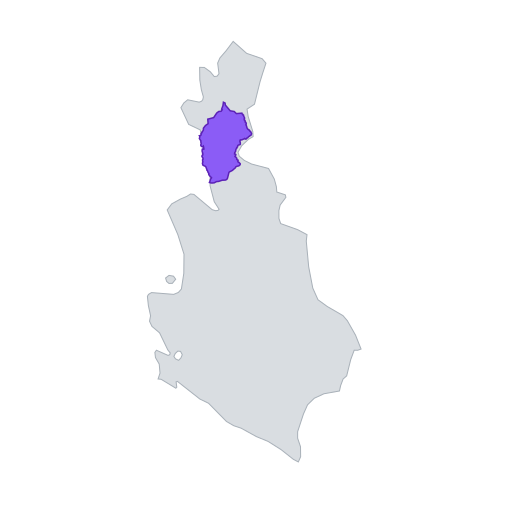 Sisian, Syunik, Armenia (highlighted), rotated 219°
{"feature_id": "60910142B33195245753630", "entity_name": "Sisian", "entity_type": "district", "adm_level": 2, "iso_a3": "ARM", "parent_name": "Armenia", "parent_adm1": "Syunik", "projection": "natural_earth1", "projection_center": [45.922, 39.579], "detail": "fine", "context": "in_parent", "style": "filled", "palette": "violet", "viewbox_px": 512, "rotation_deg": 219, "n_neighbors": 0, "source": "geoboundaries", "source_scale": "gbopen_adm2", "svg_char_len": 7287}
<svg xmlns="http://www.w3.org/2000/svg" viewBox="0 0 512 512"><g transform="rotate(219 256 256)"><path d="M229.8,304.7L226.3,299.2L208.3,280.8L191.7,266.8L180.3,261.0L168.8,261.6L150.9,264.4L144.3,263.2L128.8,257.1L115.8,249.8L117.6,246.8L120.4,244.6L117.2,235.1L110.1,219.9L110.9,215.2L108.7,208.6L106.2,203.6L116.5,191.7L121.2,182.1L122.3,172.8L119.7,163.1L113.1,145.7L109.0,140.6L101.4,135.8L95.0,128.1L93.5,122.6L98.9,121.5L114.7,121.3L130.0,119.5L142.0,115.9L159.3,112.8L166.5,110.1L174.8,108.8L200.2,111.7L209.6,109.5L238.2,109.1L238.9,107.9L235.0,104.2L235.1,102.8L252.1,100.5L254.7,98.8L256.9,104.6L263.2,111.1L270.2,113.8L273.9,117.4L274.1,120.1L261.8,123.4L260.9,125.0L261.7,126.7L265.4,127.5L282.6,135.6L292.5,135.8L297.7,138.3L300.3,143.2L308.5,149.8L315.0,156.3L315.4,158.5L314.2,161.8L295.8,174.4L293.4,178.8L293.2,183.4L301.2,197.1L313.1,212.1L330.3,223.5L354.0,235.9L354.3,243.5L350.6,252.6L347.3,258.8L345.9,263.0L343.0,264.8L319.3,264.4L315.8,265.8L314.2,267.6L314.1,269.1L322.6,271.9L335.9,281.7L343.5,291.1L351.5,295.2L360.4,302.8L367.5,309.8L378.7,318.9L391.1,315.9L407.7,324.0L408.4,329.5L407.4,334.4L397.0,339.8L395.7,342.0L395.7,343.9L397.0,346.5L403.2,350.9L410.4,357.4L418.5,367.1L414.9,370.0L407.4,370.4L401.4,369.2L399.4,371.2L399.5,374.4L407.2,381.8L408.7,387.2L408.4,396.5L408.8,408.4L390.8,407.6L375.4,413.2L369.6,412.1L365.8,402.1L362.5,393.9L352.7,373.0L355.4,364.5L349.9,359.5L336.8,350.7L333.4,347.0L335.3,341.9L336.5,332.7L335.3,325.3L331.8,323.0L325.2,322.9L317.3,324.7L301.3,331.9L290.2,327.3L283.8,322.7L280.1,318.8L271.7,322.0L269.7,320.4L269.3,310.8L266.8,305.7L261.8,299.6L257.2,296.7L240.1,302.7L229.8,304.7ZM256.9,132.9L257.4,129.5L256.6,126.3L253.9,125.4L250.5,126.2L250.2,129.6L251.2,132.9L254.6,134.4L256.9,132.9ZM311.4,186.2L307.4,188.4L303.8,187.4L303.8,182.1L306.4,179.9L309.5,180.0L312.4,182.0L311.4,186.2Z" fill="#d9dde1" stroke="#a8b0b8" stroke-width="1"/><path d="M378.1,355.0L376.3,352.0L375.1,348.4L374.3,348.4L374.2,346.5L375.9,344.9L376.5,342.4L376.0,336.9L379.6,332.0L376.5,328.7L377.4,325.6L377.3,322.2L376.2,320.8L376.2,320.6L376.1,320.4L376.1,320.2L376.0,319.8L376.0,319.3L376.0,319.0L376.0,318.6L376.0,318.3L376.0,318.1L375.6,317.8L375.6,317.6L375.7,317.3L375.8,317.1L375.7,316.7L375.7,316.4L375.6,316.2L375.0,315.8L374.9,315.7L374.9,315.4L374.9,314.9L375.0,314.7L375.4,314.2L375.6,314.0L375.7,313.8L375.2,313.7L374.8,313.4L374.6,313.1L374.5,312.9L374.3,312.4L374.1,312.1L374.0,311.8L373.9,311.6L373.6,311.5L372.9,311.3L371.6,310.9L371.3,310.8L371.1,310.6L370.9,310.2L370.6,309.8L370.4,309.7L370.1,309.5L369.6,309.1L369.4,308.9L369.2,308.5L369.1,308.2L369.0,307.9L368.8,307.6L368.5,307.2L368.1,307.0L367.8,306.9L367.6,306.9L367.3,307.0L367.2,307.1L366.9,307.1L366.6,307.1L366.4,307.0L366.2,307.1L366.1,307.3L366.0,307.5L366.0,307.8L366.0,308.2L365.7,308.0L365.5,307.9L365.4,307.8L365.2,307.6L364.9,307.3L364.7,307.2L364.5,306.6L364.4,306.5L364.2,306.5L363.9,306.5L363.8,306.4L363.7,306.2L363.8,306.0L364.2,305.9L364.6,305.9L364.8,305.7L365.0,305.3L364.9,305.1L364.8,304.9L364.6,304.7L364.5,304.3L364.3,304.1L363.6,303.3L363.4,303.2L363.1,303.0L362.8,302.8L362.6,302.7L362.4,302.6L362.3,302.3L362.2,302.2L361.7,302.0L361.5,301.8L361.3,301.5L361.2,301.3L361.0,301.0L361.1,300.9L361.2,300.7L361.1,300.4L361.1,300.1L361.0,299.8L360.9,299.6L360.7,299.4L360.4,299.1L360.2,299.1L359.7,299.1L359.4,299.0L359.2,298.9L358.8,298.5L358.6,298.4L358.4,298.3L358.2,298.2L358.1,297.9L358.0,297.7L358.1,297.3L358.1,297.1L357.9,296.9L357.7,296.7L357.2,296.1L356.7,295.9L356.4,295.5L356.3,295.2L356.2,294.7L355.9,294.2L355.6,294.0L355.3,293.8L354.9,293.5L354.5,293.2L354.3,293.2L353.9,293.4L353.4,293.4L353.0,293.4L352.6,293.6L352.3,293.7L351.7,293.8L351.4,293.8L350.9,293.6L349.9,293.0L349.5,292.8L349.1,292.5L348.6,292.3L348.4,292.1L348.0,291.7L347.6,291.8L347.5,291.7L347.0,291.5L346.6,291.3L346.1,290.9L345.6,290.7L345.1,290.6L344.8,290.5L344.6,290.5L344.4,290.3L344.4,290.1L344.3,289.9L344.1,289.7L343.8,289.5L343.6,289.4L343.0,289.4L342.8,289.2L342.5,289.1L342.1,289.1L341.6,289.0L341.3,288.9L340.8,288.9L340.4,288.9L340.0,289.0L339.8,288.8L339.7,288.6L339.7,288.3L339.7,287.5L339.6,286.8L339.3,286.1L339.0,285.5L338.7,284.8L338.6,284.5L338.6,284.0L338.5,283.8L337.0,284.4L335.6,285.5L334.5,286.6L333.5,289.0L332.0,290.4L329.9,293.7L327.7,295.6L327.1,296.6L326.9,297.4L327.1,298.5L329.6,303.9L329.6,304.6L329.0,305.8L328.2,307.7L327.9,309.7L327.6,310.9L327.6,311.8L327.8,312.7L327.3,313.7L326.1,315.2L325.8,316.4L325.9,317.2L326.2,317.7L326.3,317.8L327.2,317.9L327.6,317.9L327.8,318.0L328.0,318.1L328.5,317.8L328.9,318.0L329.0,318.0L329.2,317.8L329.4,317.8L329.7,318.1L329.8,318.3L329.9,318.6L330.2,318.9L330.2,319.2L330.4,319.2L330.5,319.2L330.8,319.1L331.2,319.0L331.4,318.9L331.6,318.9L331.9,319.0L332.1,319.3L332.3,319.5L332.4,319.9L333.0,320.0L333.4,320.1L333.7,320.0L334.1,320.1L334.6,320.0L334.9,320.1L335.1,320.2L335.1,320.4L335.1,320.7L335.0,320.9L334.9,321.0L335.0,321.2L335.4,321.7L335.5,321.9L335.5,322.1L335.9,322.2L336.0,322.1L336.4,321.9L336.6,321.9L336.9,321.8L337.1,322.1L337.2,322.3L337.3,322.6L337.5,322.9L337.7,323.1L337.6,323.5L337.6,324.0L337.6,324.3L338.1,325.0L338.2,325.4L338.6,325.9L338.7,326.3L338.8,326.7L338.8,326.9L338.8,327.1L338.7,327.3L338.7,327.5L338.9,327.6L339.0,327.6L339.2,328.0L339.2,328.5L339.0,328.8L339.0,329.1L339.0,329.3L339.1,329.5L339.3,329.7L339.5,329.9L339.6,330.3L339.7,330.5L339.6,330.8L339.5,331.0L339.4,331.2L339.3,331.4L339.1,331.6L339.1,331.9L338.9,332.0L338.6,332.3L338.5,333.0L339.1,333.7L339.2,333.8L339.4,334.0L339.6,334.3L339.8,334.5L340.2,334.6L340.3,334.6L340.4,334.9L340.5,335.0L340.9,335.1L341.0,335.3L341.0,335.6L341.0,335.8L341.3,336.2L341.3,336.4L341.2,336.5L340.8,336.7L340.6,336.9L340.4,337.2L340.1,337.3L340.0,337.5L339.9,337.8L339.7,338.1L339.6,338.3L339.5,338.6L339.4,338.9L339.1,339.1L338.9,339.3L338.9,339.5L338.7,340.0L338.7,340.3L338.2,340.4L337.9,340.4L337.7,340.3L337.4,340.5L337.5,340.7L337.4,340.9L337.3,341.1L337.2,341.4L337.3,341.7L337.3,342.0L337.2,342.1L337.0,342.4L336.8,342.6L336.8,342.8L336.9,343.2L336.8,343.8L336.8,344.2L336.7,344.4L336.5,344.8L336.5,345.2L336.4,345.6L336.4,345.9L336.1,346.1L336.0,346.3L335.9,346.6L336.0,346.9L336.0,347.2L336.2,347.5L336.2,347.9L336.3,348.2L336.5,348.3L336.7,348.5L337.5,348.8L338.0,349.2L338.7,349.1L339.0,349.1L339.1,349.3L339.3,349.4L339.7,349.4L340.0,349.5L340.6,349.4L340.8,349.5L341.0,349.7L341.3,349.6L341.6,349.5L341.9,349.4L342.1,349.4L342.3,349.5L342.6,349.5L342.9,349.6L343.1,349.8L343.4,349.8L343.6,349.9L343.9,350.1L344.4,350.4L344.5,350.6L345.0,350.9L345.2,351.0L345.5,351.2L345.8,351.5L346.2,351.5L346.5,351.7L346.6,351.9L346.6,352.3L346.8,352.6L346.9,352.8L347.3,353.1L347.5,353.1L347.7,353.3L348.3,353.1L348.5,353.2L348.7,353.4L348.7,353.6L348.8,353.8L349.2,353.9L349.4,353.9L349.6,354.0L349.8,354.4L350.1,354.4L350.2,354.5L350.4,354.4L350.5,354.3L350.8,354.5L351.3,354.9L351.5,355.2L351.6,355.4L351.5,355.8L351.7,356.0L351.9,356.2L352.0,356.2L352.6,356.5L353.1,356.7L353.8,357.1L354.0,357.2L354.2,357.3L354.4,357.3L354.4,357.6L354.6,357.6L354.8,357.8L354.7,358.1L354.8,358.0L355.0,357.8L355.2,357.7L355.9,357.8L356.1,357.7L356.3,357.7L356.6,357.8L356.9,358.1L360.9,354.3L363.9,354.6L367.4,352.6L374.8,354.0L376.3,355.4L378.1,355.0Z" fill="#8b5cf6" stroke="#5b21b6" stroke-width="1.5"/></g></svg>